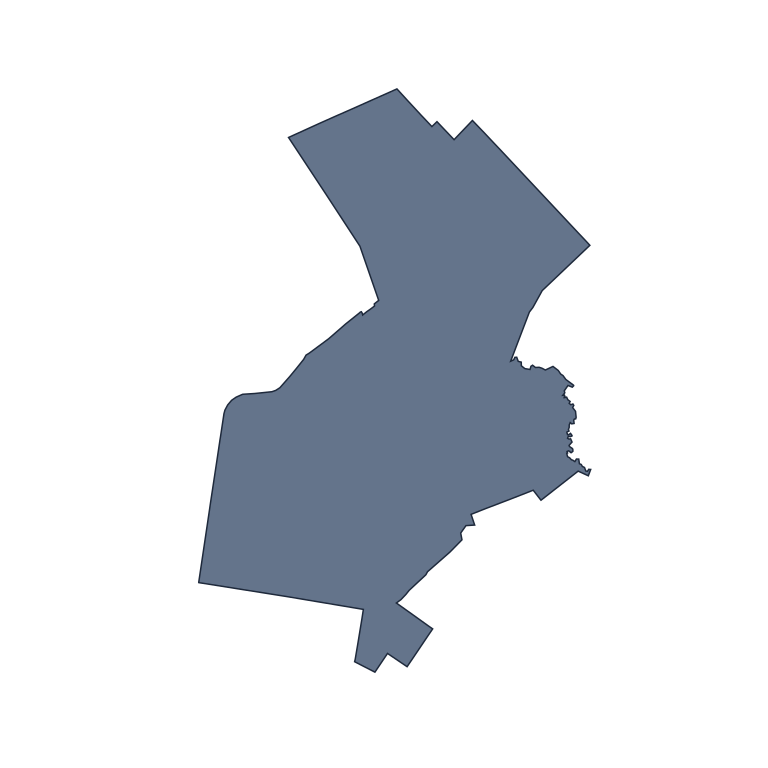 outline of Putineiu, Teleorman, Romania, rotated 341°
{"feature_id": "2599482B88222276928350", "entity_name": "Putineiu", "entity_type": "district", "adm_level": 2, "iso_a3": "ROU", "parent_name": "Romania", "parent_adm1": "Teleorman", "projection": "orthographic", "projection_center": [24.984, 43.91], "detail": "fine", "context": "isolated", "style": "filled", "palette": "slate", "viewbox_px": 768, "rotation_deg": 341, "n_neighbors": 0, "source": "geoboundaries", "source_scale": "gbopen_adm2", "svg_char_len": 2511}
<svg xmlns="http://www.w3.org/2000/svg" viewBox="0 0 768 768"><g transform="rotate(341 384 384)"><path d="M350.3,631.4L347.0,626.9L339.5,616.3L324.4,595.1L329.8,593.4L336.2,590.1L340.6,587.3L361.5,578.0L364.0,575.7L391.8,564.3L407.0,556.7L408.0,549.9L415.4,544.6L423.8,546.9L423.9,535.6L439.4,534.9L463.7,534.1L490.5,533.0L494.3,544.2L494.6,545.0L539.2,529.6L547.3,537.3L551.6,532.1L549.8,531.3L548.0,532.8L546.5,532.0L546.4,528.2L544.7,526.5L544.3,524.3L542.8,523.0L543.7,518.4L541.5,517.6L539.2,519.5L537.7,517.5L536.5,516.6L535.5,514.2L533.9,512.5L534.2,509.0L535.1,509.0L535.1,507.4L536.7,507.3L537.8,508.4L537.9,509.4L538.8,509.9L540.7,509.1L541.2,507.5L541.2,506.4L539.3,503.9L538.9,502.8L539.0,502.3L540.4,501.5L542.9,500.1L542.6,496.6L541.1,496.3L540.5,495.9L539.9,495.0L541.0,493.8L541.8,493.9L543.2,494.5L544.9,494.3L545.0,493.8L544.3,491.4L541.8,492.2L541.0,491.7L541.2,490.7L541.0,489.7L541.4,488.9L543.6,488.7L543.6,487.0L545.0,485.3L545.8,483.0L547.5,481.1L548.5,482.8L550.9,483.2L551.6,480.0L552.6,479.1L553.9,479.4L554.8,478.1L556.2,472.2L554.7,467.7L556.5,466.0L556.1,464.4L553.9,464.4L552.8,462.6L554.3,461.1L552.7,458.7L552.4,455.9L549.9,455.6L550.1,455.0L551.0,454.6L551.0,453.3L549.4,452.9L552.1,451.2L552.2,449.2L557.5,445.3L561.0,448.3L562.8,447.4L562.8,446.8L557.4,438.9L556.0,434.3L554.3,432.1L553.2,428.0L549.5,422.4L541.1,423.3L538.5,420.5L536.1,418.7L532.6,417.7L530.6,414.6L528.7,415.1L526.8,417.8L522.2,415.3L519.8,411.5L520.9,408.0L518.3,406.3L518.2,401.9L516.4,401.4L514.5,403.4L511.2,403.7L522.0,390.7L544.9,363.3L549.7,360.1L564.0,347.2L611.1,325.7L623.8,319.9L621.0,313.5L616.9,304.5L590.9,246.5L571.2,202.6L566.3,191.8L561.2,180.5L553.4,163.6L529.8,175.8L519.5,153.2L513.1,156.2L507.9,144.7L506.7,142.1L498.5,123.5L492.3,109.2L438.9,113.9L425.5,115.0L407.5,116.6L395.0,117.8L374.0,119.8L391.4,187.6L406.1,245.9L406.2,303.2L400.9,305.1L400.4,307.2L395.5,308.8L391.3,310.0L386.3,311.8L386.5,310.1L386.1,308.3L385.0,308.3L384.2,308.7L367.4,314.7L346.4,323.2L323.3,330.5L319.7,331.3L316.0,334.6L306.2,340.8L297.4,346.2L284.4,353.6L279.6,354.8L275.5,354.8L258.7,350.9L247.0,347.7L239.9,348.3L234.6,349.8L229.4,352.9L225.1,356.9L223.0,360.0L212.2,380.7L210.9,383.1L201.7,400.8L187.8,427.4L181.2,440.0L177.5,447.2L172.0,457.8L144.2,511.3L144.2,511.5L223.0,553.4L271.6,579.8L291.1,590.4L286.9,598.4L275.1,620.3L267.1,635.0L265.8,637.0L267.7,639.0L281.6,653.5L299.6,639.9L313.8,658.8L322.9,652.0L343.7,636.3L350.3,631.4Z" fill="#64748b" stroke="#1e293b" stroke-width="1.5"/></g></svg>